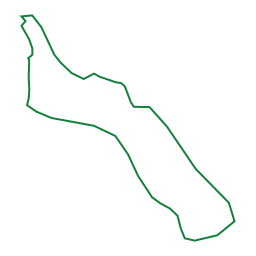 the border of Ayion Oros
{"feature_id": "GRC-2992", "entity_name": "Ayion Oros", "entity_type": "Autonomous Monastic State", "adm_level": 1, "iso_a3": "GRC", "parent_name": "Greece", "parent_adm1": "", "projection": "equal_earth", "projection_center": [24.14, 40.287], "detail": "fine", "context": "isolated", "style": "outline", "palette": "green", "viewbox_px": 256, "rotation_deg": 0, "n_neighbors": 0, "source": "natural_earth", "source_scale": "10m", "svg_char_len": 620}
<svg xmlns="http://www.w3.org/2000/svg" viewBox="0 0 256 256"><path d="M28.2,58.2L32.4,54.7L32.3,48.2L29.1,39.3L21.5,25.8L25.5,21.1L21.5,16.4L32.2,15.4L41.4,27.2L54.3,54.7L60.6,62.6L71.5,73.0L83.7,79.0L94.0,73.6L99.6,76.7L115.6,82.2L121.2,83.1L124.9,86.5L130.8,102.1L133.9,106.8L149.5,107.1L166.9,126.5L195.7,168.9L228.9,202.8L234.5,221.3L217.2,235.3L194.7,240.6L184.8,238.3L180.7,228.2L177.5,215.7L169.9,208.5L160.4,203.4L152.1,197.3L138.2,176.2L128.0,154.3L115.4,136.0L94.0,125.8L51.4,118.0L36.3,111.6L27.0,105.1L28.7,98.6L29.3,89.2L28.7,77.6L29.2,60.0L28.2,58.2Z" fill="none" stroke="#15803d" stroke-width="2"/></svg>